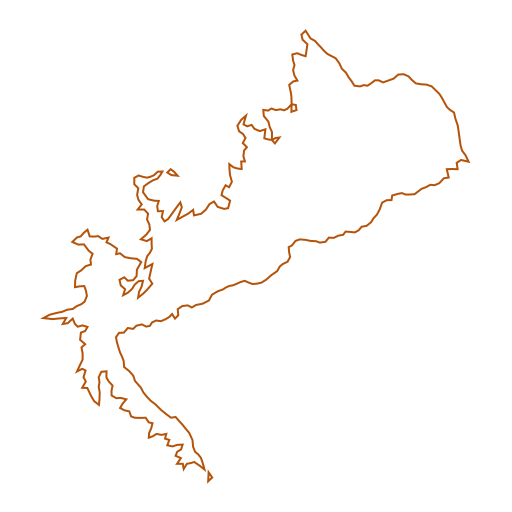 Praia Grande, Santa Catarina, Brazil (Equal Earth projection)
{"feature_id": "56859067B99383778089329", "entity_name": "Praia Grande", "entity_type": "district", "adm_level": 2, "iso_a3": "BRA", "parent_name": "Brazil", "parent_adm1": "Santa Catarina", "projection": "equal_earth", "projection_center": [-50.033, -29.21], "detail": "fine", "context": "isolated", "style": "outline", "palette": "amber", "viewbox_px": 512, "rotation_deg": 0, "n_neighbors": 0, "source": "geoboundaries", "source_scale": "gbopen_adm2", "svg_char_len": 5485}
<svg xmlns="http://www.w3.org/2000/svg" viewBox="0 0 512 512"><path d="M305.6,30.7L301.4,34.7L302.6,39.7L307.4,44.2L306.4,51.2L305.6,56.2L301.3,54.9L297.1,53.2L292.3,54.5L293.1,60.7L294.5,65.0L293.1,70.1L294.5,75.7L297.4,80.6L293.3,81.4L289.2,84.9L290.7,91.9L291.4,96.4L291.6,104.2L287.3,108.8L284.0,110.3L280.5,109.3L275.9,110.1L271.4,108.5L268.1,110.6L263.3,109.9L263.8,116.0L268.4,121.6L269.7,127.0L272.0,132.1L271.9,140.0L267.6,139.3L264.3,138.3L265.4,129.3L259.8,131.1L254.4,128.8L251.6,124.9L247.1,126.3L243.5,124.3L246.0,115.6L241.2,119.8L237.4,125.8L239.1,131.3L243.0,134.0L245.5,138.0L242.8,143.1L246.9,147.2L244.1,150.5L243.4,156.3L244.9,161.4L241.2,161.5L241.7,169.0L237.4,168.5L233.4,167.3L229.3,164.1L229.5,169.8L230.1,175.4L231.9,181.8L229.1,187.2L225.6,185.3L222.7,190.4L221.5,195.2L226.7,198.4L230.1,200.7L228.1,208.2L224.1,208.9L217.7,206.9L214.0,201.5L209.5,204.1L205.8,209.7L201.1,213.8L194.0,215.4L193.1,209.9L188.4,213.5L182.6,216.7L176.8,219.9L179.2,214.1L181.8,207.4L180.3,202.4L175.8,208.4L171.5,214.4L168.2,218.9L164.6,221.4L161.7,217.2L163.0,211.1L157.9,211.2L157.2,206.0L158.8,200.9L154.2,200.7L148.1,199.2L143.0,192.2L143.9,186.4L148.2,183.2L153.2,180.2L157.4,178.7L160.3,175.1L162.4,171.5L157.7,171.7L154.0,175.2L150.6,176.7L147.0,177.7L142.4,176.7L138.6,175.5L134.3,177.8L134.3,184.2L138.3,188.3L137.1,194.9L138.4,199.7L141.7,204.4L137.7,209.5L144.2,209.5L148.1,213.7L147.0,219.4L149.3,224.4L150.0,229.9L146.3,234.6L140.9,239.3L146.8,241.1L151.6,238.3L151.6,243.6L151.9,248.8L149.9,252.8L147.3,256.0L145.7,261.1L144.7,268.1L152.4,264.0L151.1,269.7L149.1,278.6L152.3,283.7L147.3,289.5L143.0,293.8L138.1,297.7L139.1,291.7L141.5,286.9L143.0,280.8L138.6,281.2L134.8,284.5L132.0,289.0L127.7,292.8L123.2,295.2L125.1,289.2L120.8,285.5L119.5,279.8L124.3,277.3L127.8,280.7L133.1,280.2L136.6,276.1L136.9,269.7L141.2,262.1L136.9,258.8L130.8,258.3L124.8,257.1L120.0,253.3L116.2,254.1L117.0,248.6L110.4,244.1L106.5,242.3L108.5,237.6L102.4,238.9L98.2,236.1L94.3,236.6L89.7,236.4L87.5,229.7L83.5,233.1L80.7,236.4L77.0,237.4L72.3,242.0L78.3,244.6L84.0,244.4L88.6,250.6L92.6,253.8L90.4,259.6L91.0,264.5L85.6,266.2L81.3,270.3L76.8,273.2L75.2,280.5L75.0,287.2L79.8,286.3L84.3,286.1L86.0,290.9L86.9,296.0L84.6,301.7L81.3,304.2L76.6,306.2L72.7,309.0L67.2,309.7L62.0,311.9L57.6,312.7L49.7,314.7L43.4,318.1L52.5,319.1L59.8,318.4L66.2,318.0L62.8,324.0L67.7,323.2L72.7,318.6L74.9,323.9L77.7,326.7L82.4,325.4L87.5,326.9L85.2,331.0L80.9,332.6L80.1,339.8L85.2,344.2L81.5,347.4L82.6,353.3L82.6,359.6L79.6,365.8L77.0,371.5L82.2,368.8L85.6,370.5L83.5,377.2L85.8,381.5L82.2,387.8L87.3,388.0L91.4,396.5L94.2,401.2L99.0,404.9L99.5,399.0L99.7,392.3L98.7,386.8L99.5,382.3L98.7,377.3L101.3,371.8L106.5,371.3L106.4,377.5L108.8,381.5L112.6,385.6L111.5,390.7L111.6,395.5L116.3,398.2L120.6,397.9L126.3,399.3L122.5,403.8L120.1,408.0L124.4,410.3L129.3,411.4L131.1,416.4L134.6,417.7L138.1,417.9L141.7,417.9L145.6,417.7L148.8,422.4L152.5,423.2L151.2,428.4L149.1,433.1L148.8,437.7L152.9,436.2L156.5,433.9L161.5,434.9L166.3,433.9L165.0,438.6L169.3,439.9L167.3,445.3L172.5,446.4L177.2,444.9L182.6,444.6L181.1,449.4L177.2,451.8L175.6,455.8L180.9,458.1L177.0,463.8L182.8,463.8L183.7,469.0L186.9,463.8L190.6,463.1L194.2,462.0L199.4,465.5L204.5,469.5L202.8,463.3L200.9,457.8L198.1,454.3L195.1,451.8L193.1,446.8L192.5,440.1L189.2,432.9L185.6,428.6L182.4,424.6L179.2,421.1L175.6,417.0L171.0,417.7L166.3,414.2L160.8,409.7L155.5,404.4L150.5,400.6L146.7,396.5L143.4,392.5L140.9,387.7L138.3,384.7L135.0,381.0L133.2,375.6L129.2,371.1L124.1,367.0L123.7,361.1L122.0,356.6L120.1,352.6L118.5,347.6L116.9,342.2L116.0,337.2L119.0,332.9L123.9,332.6L127.8,328.0L133.1,328.9L136.4,325.7L141.9,324.4L146.2,326.6L149.8,325.9L152.1,322.4L156.1,320.5L160.8,321.2L165.6,319.2L169.4,316.9L172.1,314.0L175.0,318.6L178.3,315.2L177.7,309.2L182.4,306.0L187.8,305.4L191.8,307.5L196.0,305.0L202.6,303.7L208.9,300.5L212.0,294.7L217.9,291.2L222.8,289.5L225.9,287.5L229.1,286.0L233.4,285.2L236.8,283.7L240.7,282.0L244.7,280.8L248.4,282.5L252.5,284.0L256.7,283.7L261.5,282.6L266.3,279.6L271.5,275.0L277.2,271.1L279.8,266.5L282.8,264.0L287.5,261.8L290.1,257.1L289.1,252.1L288.7,247.1L291.9,245.5L295.5,240.9L299.8,239.4L305.2,239.8L310.4,240.9L316.0,241.2L319.8,242.6L325.4,241.8L328.9,237.6L333.7,237.9L338.5,235.6L343.1,234.8L345.6,231.6L349.9,231.9L354.8,232.4L358.5,230.4L361.7,226.7L366.5,225.9L371.1,222.2L373.6,218.1L377.0,214.6L379.9,208.9L382.1,202.7L386.6,200.2L391.5,200.1L392.2,195.5L397.8,193.9L401.9,193.1L405.5,194.5L409.6,194.5L414.6,194.2L417.8,191.7L421.6,188.8L425.9,187.2L430.3,184.8L434.5,185.2L439.3,183.2L443.8,178.3L448.7,177.5L446.8,169.2L451.8,169.0L457.6,169.2L456.7,162.8L461.0,160.0L468.6,161.7L465.5,155.2L462.1,150.7L460.6,145.5L459.5,138.0L458.7,131.9L457.7,125.4L455.4,118.6L454.0,112.5L450.0,109.9L447.0,107.1L444.2,102.1L441.9,97.8L439.3,93.8L435.0,89.6L431.7,86.4L426.5,84.6L421.4,84.3L415.9,83.4L411.7,79.8L408.6,76.4L403.6,74.2L398.2,74.6L393.7,78.6L390.4,79.8L383.1,82.4L378.6,80.3L375.0,80.3L370.7,83.6L367.5,85.7L363.8,85.1L360.1,86.4L354.4,85.7L351.5,81.1L348.5,77.1L345.9,72.6L341.8,68.7L339.3,63.2L335.6,58.2L332.1,56.4L327.5,54.0L324.2,51.0L320.8,47.2L317.8,44.1L315.0,40.9L310.5,38.4L305.6,30.7ZM291.6,104.2L295.8,105.0L296.5,110.1L291.4,111.8L291.6,104.2ZM271.9,140.0L275.7,138.0L279.4,137.5L274.9,143.4L271.9,140.0ZM174.0,171.7L170.6,169.2L167.3,172.5L171.4,175.1L177.6,175.7L174.0,171.7ZM212.2,477.5L208.6,472.3L208.2,481.3L212.2,477.5Z" fill="none" stroke="#b45309" stroke-width="2"/></svg>